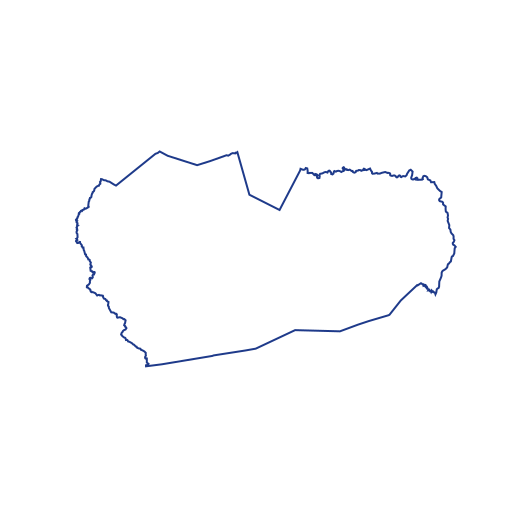 outline of Rufunsa, Lusaka, Zambia, rotated 27°
{"feature_id": "96606910B83885559265483", "entity_name": "Rufunsa", "entity_type": "district", "adm_level": 2, "iso_a3": "ZMB", "parent_name": "Zambia", "parent_adm1": "Lusaka", "projection": "robinson", "projection_center": [29.511, -15.164], "detail": "fine", "context": "isolated", "style": "outline", "palette": "blue", "viewbox_px": 512, "rotation_deg": 27, "n_neighbors": 0, "source": "geoboundaries", "source_scale": "gbopen_adm2", "svg_char_len": 6067}
<svg xmlns="http://www.w3.org/2000/svg" viewBox="0 0 512 512"><g transform="rotate(27 256 256)"><path d="M83.0,257.8L83.7,260.0L83.4,260.9L84.2,261.7L84.5,262.3L84.0,263.3L84.1,264.7L83.7,264.9L82.5,266.5L81.6,269.5L82.1,271.1L82.1,271.9L81.5,273.2L81.8,273.7L81.6,274.6L81.9,276.5L82.5,278.2L82.4,278.8L81.7,279.6L82.0,280.4L81.8,281.1L82.4,282.5L82.3,283.5L83.6,287.1L84.6,288.1L84.1,288.7L84.2,289.1L82.8,291.2L81.8,291.3L82.0,291.7L81.4,292.5L81.5,292.9L80.7,293.6L80.6,294.7L80.0,294.6L79.5,295.3L79.6,296.2L79.1,296.8L79.2,297.5L78.7,298.1L78.7,298.4L79.4,298.9L79.2,299.6L79.6,301.9L79.3,302.6L79.7,303.5L79.3,304.8L79.8,304.8L80.0,305.4L79.6,306.0L79.8,306.2L80.7,306.1L80.6,306.8L80.9,307.5L82.1,307.8L82.5,309.6L83.2,309.6L83.0,309.9L83.3,310.5L83.1,310.8L83.2,312.1L83.6,312.1L84.8,313.7L84.4,313.9L85.1,314.9L85.1,315.9L85.7,316.9L86.9,317.5L88.5,320.3L88.5,321.6L88.1,322.2L88.8,322.4L89.0,323.1L89.4,322.7L89.6,322.9L88.8,324.1L88.9,324.4L89.6,324.3L90.1,325.3L90.9,325.6L91.8,325.0L92.3,323.6L92.8,323.4L93.4,324.3L96.0,325.5L96.4,326.6L97.3,326.8L97.7,327.2L98.4,326.8L99.8,328.9L100.6,329.4L103.0,332.1L103.9,331.9L104.8,333.3L106.6,333.8L108.2,335.2L108.8,334.9L109.6,335.0L110.2,336.0L111.8,336.8L112.2,338.7L112.8,338.9L113.1,339.6L114.0,339.6L114.6,340.2L114.4,340.8L113.6,341.6L115.4,344.3L117.0,344.0L117.5,344.6L118.1,344.7L118.8,343.8L119.4,343.6L119.9,344.1L120.0,346.1L119.3,346.5L119.1,347.5L120.2,349.0L120.2,349.7L120.0,350.4L118.2,350.6L117.9,351.0L118.0,352.1L119.0,352.3L119.3,352.6L119.3,353.6L120.2,355.3L120.0,357.2L118.9,359.2L119.4,360.6L119.6,360.7L120.3,360.3L121.5,360.9L122.6,360.8L124.0,361.5L124.1,362.0L125.1,362.8L125.8,362.5L126.1,362.8L127.4,362.2L129.8,362.1L132.4,363.3L133.2,362.3L133.8,361.9L134.9,362.0L135.5,361.5L137.6,360.9L138.0,361.2L138.1,361.8L139.8,363.0L141.3,362.7L142.5,363.5L143.3,363.3L143.8,363.9L145.4,363.9L146.2,365.9L146.2,366.6L146.7,367.5L147.7,367.8L148.5,369.1L152.6,371.9L154.9,371.0L156.9,371.4L157.1,371.1L157.9,370.9L158.7,371.5L159.0,372.5L160.0,373.7L160.5,373.9L162.6,372.3L165.4,372.1L166.6,372.5L167.3,372.0L169.0,372.5L169.8,375.3L169.7,376.3L170.0,377.6L171.2,377.8L171.5,378.4L172.7,378.6L173.3,379.1L173.1,380.8L172.2,381.7L171.5,383.2L171.6,384.2L171.2,385.2L171.4,387.1L171.8,387.4L172.1,387.3L173.1,388.0L174.0,388.2L175.7,388.5L176.5,388.3L177.2,388.6L178.3,389.9L179.3,389.3L179.8,389.4L180.8,390.2L182.2,389.9L185.0,390.0L186.9,390.6L187.6,390.4L189.8,391.2L190.8,391.0L191.1,391.5L191.7,391.7L193.4,391.6L195.1,391.1L196.1,391.8L197.6,391.6L199.8,391.7L201.7,392.3L202.4,393.8L203.1,394.7L203.0,396.1L203.4,397.1L204.1,397.5L204.8,396.9L205.2,396.8L207.1,400.5L209.2,400.9L209.2,401.9L207.6,403.3L208.1,404.2L221.2,395.3L262.4,364.9L263.4,363.8L289.3,345.1L297.8,338.7L324.5,304.3L365.0,285.0L378.1,270.8L386.0,262.8L400.9,248.7L401.6,247.8L405.2,229.9L412.8,208.8L413.3,208.9L415.3,205.4L415.8,205.3L417.8,205.8L418.1,205.3L418.5,205.5L418.4,205.9L418.8,206.5L419.3,205.9L419.9,206.1L419.4,205.1L420.0,204.9L420.2,205.6L421.5,206.2L421.7,205.6L422.1,205.7L422.4,206.8L422.5,206.9L422.8,206.4L423.1,206.5L423.5,207.4L425.1,207.3L425.1,208.3L425.8,207.7L426.1,208.2L426.6,208.1L427.0,208.4L427.7,208.0L428.2,208.4L428.0,206.9L428.6,207.1L429.4,207.9L430.0,207.2L430.7,207.7L431.4,207.4L432.2,207.6L433.3,208.7L433.2,206.7L432.2,203.6L432.5,202.6L433.2,201.7L433.1,200.3L430.9,195.5L430.6,191.0L430.3,189.3L429.0,186.6L428.9,185.3L429.1,184.4L430.8,181.7L431.5,179.4L430.8,176.5L430.9,175.7L431.4,175.1L431.5,173.7L432.1,172.4L430.8,168.0L430.9,167.3L431.5,166.6L431.5,163.7L429.5,158.9L429.8,157.2L427.9,156.4L426.6,156.4L425.8,155.8L425.4,154.9L425.8,153.7L425.6,151.8L424.2,151.0L423.2,148.9L422.3,147.9L419.9,147.1L418.5,146.1L417.2,144.2L415.3,143.4L414.2,140.7L410.8,137.7L410.3,135.7L409.2,134.7L408.7,132.8L407.7,131.4L406.9,130.5L405.4,130.4L404.8,130.0L403.5,127.9L402.5,125.7L399.6,125.2L399.1,124.9L398.6,123.7L397.5,123.1L394.8,123.7L393.9,123.2L393.5,122.4L393.6,121.5L394.1,120.7L394.4,119.7L392.4,114.7L390.4,114.5L386.9,113.4L384.7,111.7L382.4,110.5L381.3,109.2L378.5,110.8L377.0,109.5L374.3,109.7L372.8,108.1L371.0,107.8L369.5,108.2L368.9,108.9L369.0,111.0L369.8,111.7L369.3,112.6L365.3,114.8L364.6,113.5L363.6,113.2L362.8,114.0L363.3,115.4L362.0,115.5L361.2,116.6L360.0,116.8L359.3,116.6L358.7,115.7L358.4,113.1L357.2,109.7L354.7,108.9L353.7,110.2L353.3,114.2L353.5,115.6L352.9,117.3L351.0,117.9L350.3,118.5L349.6,119.8L348.9,119.8L347.9,119.0L347.1,119.1L346.6,119.8L346.4,121.2L345.9,122.0L345.1,122.0L344.4,121.5L343.0,121.3L342.0,121.8L340.9,122.9L339.2,123.2L338.7,122.9L338.2,121.8L337.6,121.5L335.8,121.9L335.5,122.3L333.0,122.5L330.3,124.8L328.9,126.4L326.9,127.4L326.0,127.1L324.1,128.8L322.5,129.8L321.7,129.5L321.0,128.2L319.8,127.8L317.9,126.3L315.5,129.3L314.9,129.3L313.5,130.2L313.1,129.1L312.4,129.3L312.2,131.1L311.1,132.3L310.4,132.0L308.6,132.7L308.2,133.5L306.6,134.7L306.7,136.1L305.8,137.1L304.4,137.2L303.4,136.4L302.7,136.9L300.6,136.5L300.1,136.6L299.5,137.4L298.1,138.0L297.8,137.6L296.8,137.7L296.1,138.7L295.4,138.0L294.8,138.0L294.4,137.2L293.8,137.1L293.3,137.9L293.3,138.4L294.8,139.4L295.6,139.5L295.5,140.5L294.7,141.1L293.9,142.4L292.1,142.3L290.6,142.7L289.2,143.9L288.9,144.6L287.3,144.7L287.1,145.2L287.6,147.4L287.1,148.6L285.8,148.8L285.0,147.4L284.0,147.3L283.1,146.6L282.4,146.7L281.8,147.7L281.8,149.2L280.1,149.4L278.9,150.4L277.7,152.2L275.8,153.7L275.7,155.7L276.5,155.9L277.1,157.7L276.0,158.6L275.0,158.5L274.2,157.6L274.1,156.3L273.6,155.8L272.8,155.7L271.6,156.0L271.7,156.6L272.2,157.0L271.9,157.3L271.1,157.4L268.5,156.4L265.8,157.8L265.6,158.2L264.3,158.6L263.4,156.7L261.9,154.7L260.4,155.0L260.3,156.5L260.0,157.0L258.9,157.8L256.1,158.1L256.5,159.8L256.1,204.3L222.3,204.4L192.2,171.9L191.7,172.9L191.0,173.2L191.1,173.9L188.4,175.0L187.2,176.5L186.9,177.4L185.7,179.2L184.0,179.6L171.8,192.5L162.3,201.8L131.9,206.8L122.7,206.6L121.7,208.8L120.0,210.6L99.3,256.8L96.9,256.8L91.7,256.3L89.7,256.9L87.8,256.8L86.1,257.5L83.9,257.5L83.0,257.8Z" fill="none" stroke="#1e3a8a" stroke-width="2"/></g></svg>